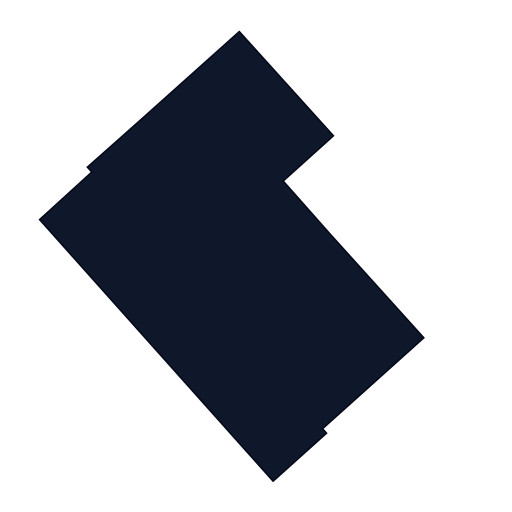 the district of Edwards, Kansas, United States of America, rotated 48°
{"feature_id": "52423323B66155229514524", "entity_name": "Edwards", "entity_type": "district", "adm_level": 2, "iso_a3": "USA", "parent_name": "United States of America", "parent_adm1": "Kansas", "projection": "robinson", "projection_center": [-99.339, 37.91], "detail": "fine", "context": "isolated", "style": "filled", "palette": "ink", "viewbox_px": 512, "rotation_deg": 48, "n_neighbors": 0, "source": "geoboundaries", "source_scale": "gbopen_adm2", "svg_char_len": 320}
<svg xmlns="http://www.w3.org/2000/svg" viewBox="0 0 512 512"><g transform="rotate(48 256 256)"><path d="M77.6,253.9L77.1,321.9L83.7,321.9L84.1,392.5L434.8,394.0L434.9,322.1L428.9,322.1L429.1,186.0L288.9,186.2L218.5,185.6L218.5,118.0L78.0,118.2L77.6,253.9Z" fill="#0f172a" stroke="#020617" stroke-width="1.5"/></g></svg>